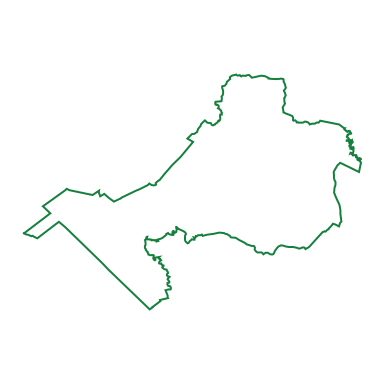 the district of Calinesti-Oas, Satu Mare, Romania
{"feature_id": "2599482B93378437092703", "entity_name": "Calinesti-Oas", "entity_type": "district", "adm_level": 2, "iso_a3": "ROU", "parent_name": "Romania", "parent_adm1": "Satu Mare", "projection": "natural_earth1", "projection_center": [23.281, 47.91], "detail": "fine", "context": "isolated", "style": "outline", "palette": "green", "viewbox_px": 384, "rotation_deg": 0, "n_neighbors": 0, "source": "geoboundaries", "source_scale": "gbopen_adm2", "svg_char_len": 6045}
<svg xmlns="http://www.w3.org/2000/svg" viewBox="0 0 384 384"><path d="M344.9,128.2L344.1,128.2L339.2,124.5L320.2,120.7L319.8,121.4L318.5,122.7L317.2,122.5L316.5,122.6L314.8,123.7L312.2,123.7L309.7,124.4L309.5,123.7L307.7,122.2L306.7,122.0L306.2,121.7L304.6,121.7L303.3,122.5L302.6,122.6L298.7,122.7L298.1,122.6L298.0,122.3L296.7,122.4L296.5,121.5L295.2,120.3L293.6,120.7L293.3,120.5L293.0,120.1L293.2,117.8L292.2,116.0L288.7,114.5L287.7,114.3L287.2,113.9L285.7,113.5L284.7,112.8L283.5,112.5L283.3,110.4L282.7,107.4L284.8,103.9L285.0,103.3L284.6,102.8L284.3,100.4L284.4,98.3L284.2,98.1L284.7,97.5L285.7,95.3L284.6,92.0L284.0,91.2L283.9,90.5L285.5,88.6L285.8,87.4L285.3,86.1L285.1,84.5L283.6,81.6L283.6,79.6L283.3,79.0L280.8,78.6L279.4,78.9L275.1,79.1L270.5,78.8L269.2,78.6L269.4,78.4L265.1,76.2L261.2,75.7L251.9,77.7L249.3,75.1L248.8,75.0L246.3,75.4L245.8,75.9L242.5,75.6L241.2,76.4L240.5,76.1L239.8,75.1L237.7,75.6L236.4,75.0L236.2,74.6L232.3,75.5L230.1,76.9L229.8,77.6L230.2,78.9L226.9,81.8L226.6,83.3L225.6,84.8L224.6,85.8L222.3,86.2L222.1,86.6L222.3,88.3L223.1,90.7L223.1,93.8L222.7,95.1L221.5,96.5L221.9,98.0L221.5,101.2L215.5,101.8L215.2,103.2L215.7,103.7L215.5,104.5L216.5,105.0L217.5,104.8L218.5,105.6L218.8,106.9L218.0,108.3L219.6,109.1L220.6,110.3L221.1,110.5L221.4,112.2L222.0,112.9L221.6,113.7L221.7,114.6L220.2,114.6L220.0,116.6L220.3,117.7L220.2,119.5L219.6,120.6L219.0,121.1L218.8,121.1L218.8,120.5L218.5,120.5L217.6,121.9L217.5,122.5L215.2,123.9L215.1,124.4L214.7,124.4L213.1,125.4L212.3,125.2L211.6,124.7L210.9,123.2L207.3,122.7L204.9,120.4L202.2,123.0L201.1,124.2L200.5,126.0L198.1,128.9L197.1,132.0L194.4,133.8L191.9,134.1L187.4,138.6L193.1,141.9L180.4,157.1L172.2,165.1L164.3,174.2L159.4,180.3L158.7,180.4L155.7,183.0L156.0,184.6L155.5,185.0L153.8,185.4L151.7,185.1L149.3,183.5L147.7,185.2L139.4,189.3L136.4,190.5L121.6,197.6L121.1,198.2L113.9,201.6L108.6,197.7L104.3,193.9L100.2,196.3L98.9,192.6L98.8,191.9L99.0,190.7L92.6,195.0L69.5,190.2L66.7,188.8L65.6,190.0L42.9,206.3L50.3,213.3L24.6,232.9L23.0,233.3L24.2,233.4L26.0,234.4L28.0,234.7L31.4,236.2L32.8,235.8L34.1,236.8L37.3,238.3L58.9,221.8L65.4,227.3L102.2,263.1L108.9,270.1L149.7,309.4L152.5,307.4L152.3,307.2L160.4,301.1L160.0,300.0L168.0,298.1L167.7,297.6L167.6,295.5L165.5,290.2L168.7,289.4L170.4,289.5L170.8,289.1L170.9,287.8L170.4,286.6L169.8,286.1L168.2,285.9L167.4,284.6L167.5,282.9L169.1,282.7L169.4,282.3L169.2,281.4L167.6,279.2L168.1,278.1L169.4,277.3L169.6,276.9L167.3,275.8L166.8,275.0L167.1,273.9L168.1,273.0L167.9,272.1L167.1,270.9L166.6,269.6L164.7,269.3L163.7,268.8L162.3,267.5L162.2,267.3L163.6,265.9L163.6,265.5L161.6,264.7L161.3,263.5L160.2,263.7L159.1,263.4L159.1,262.3L159.4,261.6L161.1,260.3L160.4,259.6L160.3,258.9L159.4,259.0L158.5,258.1L158.4,257.6L159.1,257.0L155.4,257.6L154.8,258.3L155.4,259.5L155.4,260.0L155.2,260.2L154.4,260.2L153.3,258.6L153.3,257.9L153.8,256.0L153.8,255.4L153.5,255.1L150.1,255.2L148.4,254.5L148.5,254.0L147.5,252.5L147.7,252.1L145.8,250.0L145.8,249.1L145.1,248.3L144.9,247.6L145.0,245.8L145.6,244.9L145.5,242.2L145.0,240.0L145.9,239.5L146.4,237.3L146.7,236.9L147.2,236.8L146.9,237.7L147.4,239.4L149.7,239.3L149.9,239.6L151.5,239.7L151.6,240.3L153.9,240.0L154.2,240.4L154.6,240.5L155.9,240.1L156.4,241.5L158.3,241.0L157.6,239.6L161.1,238.6L163.1,237.4L166.3,234.8L166.3,233.9L167.3,233.6L168.0,233.0L168.7,233.8L169.5,234.3L172.2,235.0L173.4,234.9L173.5,234.2L173.3,233.9L172.4,233.1L172.6,231.5L173.0,231.1L173.6,231.0L174.6,232.9L176.1,232.1L176.1,231.7L176.4,231.3L176.4,230.2L177.0,229.4L176.2,228.1L176.2,227.0L176.5,227.0L178.5,228.9L183.7,231.3L185.4,232.6L186.0,234.1L185.3,235.1L185.0,236.2L185.0,239.8L185.4,241.2L185.8,241.7L187.6,243.3L188.6,242.9L190.0,240.8L190.9,240.3L191.7,239.3L193.4,239.7L194.5,239.7L194.6,239.0L193.8,237.4L195.0,237.7L195.4,237.5L195.6,237.3L195.8,236.1L196.8,236.3L198.1,235.2L200.5,235.2L201.9,234.6L202.6,235.9L207.2,234.7L213.8,233.8L219.3,232.6L224.1,233.1L225.4,233.8L227.1,234.2L229.9,235.9L230.4,236.8L231.0,237.4L235.7,237.8L239.7,240.3L244.8,242.8L246.4,244.2L252.0,246.0L253.2,245.9L254.0,246.1L254.9,247.4L254.7,249.5L254.9,250.0L256.4,251.8L257.7,252.5L261.4,252.4L262.3,252.9L263.4,254.3L265.7,252.7L267.9,252.8L270.2,254.3L272.3,254.5L273.3,254.1L274.2,252.8L274.8,251.0L277.6,247.3L278.7,246.4L280.9,245.4L283.2,245.6L285.8,246.5L288.8,247.0L293.1,247.0L297.4,247.9L298.9,248.6L299.9,248.5L302.8,247.4L303.5,247.4L304.6,247.7L305.5,249.1L308.8,247.2L309.8,246.2L322.6,232.1L324.8,231.3L325.4,231.6L325.7,231.5L327.6,229.5L328.6,229.3L329.0,228.3L331.0,226.3L333.0,223.7L335.6,224.6L339.0,226.4L340.1,222.9L341.4,221.6L340.4,213.9L340.4,210.3L339.5,205.0L336.4,198.3L334.1,192.7L334.5,187.8L335.4,185.3L335.5,182.8L335.4,181.6L334.6,180.4L333.9,177.9L334.0,175.2L333.7,172.6L334.0,171.2L337.4,165.4L340.2,162.8L359.0,172.0L361.0,162.5L359.5,161.0L360.0,160.5L360.2,159.9L360.9,159.2L360.8,158.7L359.6,158.1L359.2,158.5L359.5,159.0L358.7,160.0L357.7,160.0L357.4,159.5L357.9,159.0L357.6,158.4L357.9,158.1L357.6,157.6L356.8,157.8L356.0,157.2L355.8,156.4L356.6,156.1L356.6,155.9L356.0,155.0L355.1,155.3L354.0,154.9L353.4,155.4L352.8,155.4L352.0,154.2L350.7,153.3L350.3,153.5L350.6,152.7L353.0,153.0L353.5,151.2L353.3,149.7L353.7,148.5L353.4,147.1L353.2,147.0L352.8,147.7L351.9,148.2L352.8,148.8L352.5,149.4L350.3,148.7L350.4,147.6L351.3,147.4L351.4,147.2L350.8,146.6L349.5,146.5L349.4,145.6L350.3,144.9L351.0,144.8L351.1,144.5L350.1,143.5L349.4,143.4L349.3,143.1L349.8,142.6L350.7,142.3L350.8,142.4L350.8,142.8L351.1,143.0L352.4,142.8L352.8,142.0L352.5,141.7L351.5,141.9L351.3,141.5L351.3,140.9L352.0,140.6L352.0,140.0L351.0,140.4L350.4,141.0L349.4,141.3L348.4,141.3L347.8,140.6L346.7,140.8L346.7,140.3L349.0,140.1L349.7,139.7L348.4,138.4L348.2,137.8L347.1,137.4L346.8,136.3L347.9,135.4L347.6,134.9L347.7,134.7L348.8,134.3L349.2,133.7L349.8,133.6L351.1,134.0L351.4,134.3L351.3,134.0L350.9,132.9L350.5,132.9L349.7,130.9L348.5,131.0L348.0,131.7L347.5,131.9L346.4,131.3L346.3,130.6L345.6,130.4L344.3,129.3L344.9,128.2Z" fill="none" stroke="#15803d" stroke-width="2"/></svg>